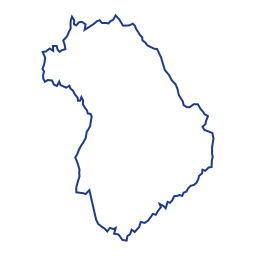 the district of Coqueiros do Sul, Rio Grande do Sul, Brazil
{"feature_id": "56859067B99955051081577", "entity_name": "Coqueiros do Sul", "entity_type": "district", "adm_level": 2, "iso_a3": "BRA", "parent_name": "Brazil", "parent_adm1": "Rio Grande do Sul", "projection": "equal_earth", "projection_center": [-52.771, -28.135], "detail": "fine", "context": "isolated", "style": "outline", "palette": "blue", "viewbox_px": 256, "rotation_deg": 0, "n_neighbors": 0, "source": "geoboundaries", "source_scale": "gbopen_adm2", "svg_char_len": 2078}
<svg xmlns="http://www.w3.org/2000/svg" viewBox="0 0 256 256"><path d="M76.3,192.3L83.2,193.2L85.5,194.1L89.4,190.2L96.1,219.7L98.4,224.2L104.8,228.8L107.2,231.4L109.9,227.9L113.4,229.0L115.7,227.9L114.1,233.7L118.5,234.5L122.4,239.9L126.6,240.6L127.4,236.0L130.0,234.3L131.7,229.7L134.6,232.0L139.2,227.0L140.7,222.0L144.7,222.9L148.0,220.7L151.0,216.7L152.7,214.0L155.9,214.7L158.0,210.9L160.9,207.2L159.6,203.9L163.5,206.0L165.7,208.3L167.6,201.9L169.9,202.8L172.0,200.7L174.2,196.2L177.3,195.8L179.6,195.1L182.2,195.9L183.6,192.7L186.5,191.5L187.8,188.9L190.4,185.9L193.9,184.9L196.4,182.9L198.3,179.1L199.0,175.9L202.1,173.3L202.5,169.7L205.3,170.8L208.6,167.5L211.6,167.0L211.8,160.8L212.7,156.6L212.0,153.1L212.1,146.8L213.5,138.5L212.3,133.0L204.3,129.8L202.5,126.9L205.5,124.0L206.0,121.0L208.0,116.2L204.5,114.1L203.1,111.8L200.6,109.0L197.9,104.3L193.8,104.2L189.8,107.1L186.9,107.1L183.6,105.1L182.8,101.4L178.9,95.2L177.4,88.7L175.6,84.4L171.8,80.3L168.9,74.8L164.8,70.0L161.1,57.6L157.1,49.0L154.2,48.7L147.5,45.5L145.2,42.4L142.5,40.4L142.1,37.2L139.9,35.0L138.2,32.0L136.3,29.4L134.8,25.6L132.8,23.7L129.2,25.4L123.1,25.7L119.3,19.5L115.6,15.4L113.1,19.9L110.3,21.2L108.5,23.5L106.3,23.0L102.1,23.0L99.6,20.2L97.2,21.1L93.4,24.2L84.6,29.9L85.6,24.4L82.0,21.9L79.0,22.2L76.2,25.4L74.0,24.2L74.2,20.2L72.0,16.7L70.7,20.9L70.5,24.1L70.7,28.4L68.5,32.7L67.4,35.7L65.6,38.0L63.2,40.4L64.5,44.2L65.4,49.1L61.9,50.2L59.6,51.8L57.6,49.7L56.7,46.1L52.9,45.9L53.2,50.9L49.8,48.5L45.7,51.5L42.7,52.0L45.2,57.8L44.2,64.2L42.5,68.7L44.0,71.6L43.1,75.0L43.3,78.6L45.0,81.8L47.9,80.0L52.1,80.5L53.8,84.5L56.9,86.0L59.2,81.6L60.4,85.0L63.3,86.3L66.2,87.7L69.4,85.7L70.5,88.6L72.8,90.5L75.0,94.5L77.6,97.7L78.0,100.8L80.2,100.6L81.4,97.1L83.1,100.5L82.8,104.3L84.6,107.3L86.8,110.2L87.9,113.5L90.6,113.9L91.7,117.0L90.8,121.3L90.2,125.8L88.9,128.5L86.7,131.9L85.7,138.0L83.4,142.3L80.7,146.3L79.0,149.6L77.3,154.1L75.3,157.4L77.2,162.1L78.4,165.8L79.5,169.6L79.2,172.6L79.5,176.3L78.6,179.2L77.4,183.2L76.3,187.2L76.3,192.3Z" fill="none" stroke="#1e3a8a" stroke-width="2"/></svg>